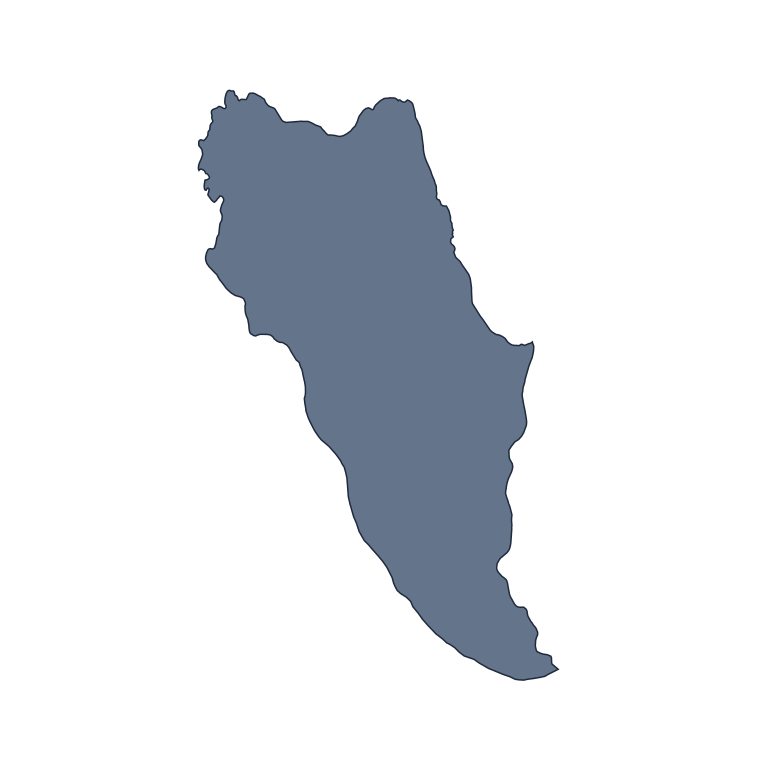 Cailaco, Bobonaro, East Timor, rotated 170°
{"feature_id": "22284137B47334481051", "entity_name": "Cailaco", "entity_type": "district", "adm_level": 2, "iso_a3": "TLS", "parent_name": "East Timor", "parent_adm1": "Bobonaro", "projection": "equal_earth", "projection_center": [125.257, -8.874], "detail": "fine", "context": "isolated", "style": "filled", "palette": "slate", "viewbox_px": 768, "rotation_deg": 170, "n_neighbors": 0, "source": "geoboundaries", "source_scale": "gbopen_adm2", "svg_char_len": 6147}
<svg xmlns="http://www.w3.org/2000/svg" viewBox="0 0 768 768"><g transform="rotate(170 384 384)"><path d="M230.6,399.7L232.4,398.7L234.3,398.6L238.3,397.7L239.4,397.7L240.3,398.6L241.8,399.3L243.0,398.9L243.9,398.4L244.8,398.4L246.7,399.0L248.5,399.3L251.0,400.1L252.9,401.6L254.8,403.7L256.9,408.0L259.4,410.4L262.0,412.2L264.9,413.3L266.3,414.4L268.8,416.8L270.2,418.8L275.5,430.5L277.4,434.1L282.9,447.7L283.0,450.2L281.8,459.6L281.1,463.8L280.8,471.9L280.9,473.7L281.6,477.4L286.7,488.5L287.6,491.0L288.3,492.1L290.9,495.6L291.5,496.8L292.4,501.9L291.3,503.1L290.6,505.0L290.9,507.0L291.8,508.5L293.2,510.1L293.8,512.4L292.9,515.4L290.2,516.9L290.9,519.6L290.2,520.2L290.2,521.6L289.9,522.8L289.1,523.3L289.4,524.5L289.6,527.8L289.2,530.5L290.1,532.7L289.9,535.3L289.5,536.5L290.0,543.2L291.6,548.3L292.3,548.6L293.0,548.6L294.6,549.1L295.4,549.6L296.2,550.3L296.7,551.0L297.0,553.7L297.7,555.7L298.7,556.1L299.6,556.9L299.9,558.4L299.9,559.4L298.9,562.3L298.9,564.8L298.2,569.6L298.4,571.1L298.9,572.7L299.1,575.8L300.5,581.7L301.0,585.6L302.2,590.7L303.4,595.3L304.3,600.0L304.6,604.6L304.5,607.9L304.1,611.0L303.4,626.2L303.9,631.6L305.0,635.0L305.3,636.8L306.7,640.7L306.7,642.3L306.5,644.1L306.6,647.9L306.8,651.1L307.1,654.7L307.9,656.4L309.9,658.5L311.6,659.6L314.4,658.0L315.2,658.0L317.0,658.8L319.1,661.0L320.2,661.0L320.9,660.5L321.4,661.6L322.3,662.6L323.4,663.5L324.7,664.0L329.4,664.9L330.6,664.7L332.9,665.1L334.5,665.1L338.8,663.4L343.5,660.4L345.2,658.7L346.8,656.3L347.7,656.1L348.3,656.4L350.1,657.9L351.4,658.7L354.0,658.4L356.7,657.0L361.6,652.4L362.5,651.2L364.4,647.6L367.5,643.1L370.6,641.0L372.7,639.0L377.1,636.9L380.6,635.7L383.4,635.4L385.5,635.7L389.5,637.4L394.2,638.7L395.7,638.8L396.9,640.1L398.0,641.7L398.9,643.4L400.3,645.3L401.8,648.2L406.7,651.1L409.8,653.6L412.7,655.5L413.7,655.9L418.0,656.6L419.6,657.1L435.0,658.6L438.1,660.4L439.0,661.9L443.6,673.7L444.5,674.8L448.3,677.1L449.9,678.5L451.8,682.1L452.1,684.0L452.6,685.5L454.0,686.6L455.8,688.6L457.1,689.4L460.1,691.9L462.3,693.2L465.7,693.6L466.7,693.0L470.2,688.1L471.1,688.2L474.6,689.1L475.9,689.0L477.3,688.1L478.2,689.0L478.6,692.1L479.4,693.5L480.2,693.7L480.6,694.5L480.8,697.7L481.3,698.7L483.5,699.0L484.7,699.9L486.1,700.0L487.2,699.6L488.9,697.5L489.9,695.5L491.0,692.7L491.7,690.0L491.9,688.6L491.9,687.4L491.2,685.3L491.4,684.3L492.2,683.2L492.8,682.9L493.7,682.9L495.8,684.7L497.0,685.6L498.6,686.0L500.6,684.9L505.0,684.0L506.0,683.3L506.8,681.9L506.9,680.1L506.8,677.9L507.3,676.8L507.4,675.7L506.9,672.8L507.3,671.8L509.3,670.2L510.4,668.6L511.3,664.9L513.3,663.0L514.5,659.2L515.4,658.1L517.4,656.2L519.4,655.0L521.9,656.3L523.4,656.0L524.2,655.0L524.6,653.6L524.9,651.5L524.7,650.5L523.1,647.6L522.6,646.3L522.6,642.6L523.0,640.9L525.0,637.3L527.2,634.1L528.4,631.9L529.0,630.2L529.4,627.8L529.1,626.5L528.0,627.3L526.7,627.4L524.3,625.8L523.8,625.1L522.9,622.2L521.9,621.9L521.3,621.3L520.5,619.7L520.0,618.0L520.3,617.0L522.5,615.9L524.8,615.9L526.3,611.8L526.8,609.7L526.9,607.2L526.6,606.2L525.5,605.7L524.8,606.7L523.3,607.5L522.5,606.6L522.5,605.7L523.4,603.5L524.5,601.3L524.5,600.4L523.4,598.3L522.1,595.4L520.2,592.9L519.3,592.5L518.2,593.2L517.0,594.0L516.0,595.2L514.2,596.4L513.3,597.6L511.7,597.3L510.7,596.5L510.2,595.4L509.8,593.9L510.0,592.6L510.4,591.7L512.5,588.8L514.2,585.4L515.0,583.5L514.9,581.6L514.2,578.6L514.2,577.2L514.9,574.7L515.6,573.1L517.5,570.7L518.2,568.9L520.6,560.5L521.2,559.5L522.1,558.7L523.3,556.8L525.1,551.7L527.3,547.4L529.4,546.6L531.2,547.4L532.8,547.4L534.0,546.8L536.0,543.9L537.5,540.5L538.0,538.0L538.0,536.2L537.5,533.3L535.8,529.8L530.9,522.4L529.6,520.8L529.0,518.7L527.6,515.0L525.6,511.4L523.0,506.0L521.5,503.8L518.6,500.1L515.1,497.0L510.3,494.7L508.3,493.3L507.3,492.1L506.6,489.0L506.4,487.8L506.7,486.1L507.3,485.3L507.9,481.0L508.1,477.9L507.6,474.1L507.1,472.6L506.9,470.4L506.9,465.7L507.3,461.4L507.3,458.9L507.1,457.9L506.3,456.4L504.6,455.0L504.1,454.4L502.0,453.6L499.8,454.2L497.1,454.4L490.7,453.2L487.5,452.1L485.5,450.1L484.2,447.4L481.7,444.6L479.3,443.1L476.7,442.5L472.9,439.2L471.2,436.2L469.7,431.5L466.2,422.8L463.8,420.0L463.3,415.9L462.3,412.2L462.1,404.8L461.8,399.5L461.9,395.0L462.7,389.7L463.5,386.6L465.0,383.5L465.3,378.8L465.3,373.7L465.5,370.8L464.4,363.6L463.3,359.3L461.2,352.4L460.0,349.0L457.4,343.3L455.3,339.7L449.0,332.1L443.3,322.7L440.1,316.1L439.2,312.7L437.6,308.9L437.1,303.8L436.8,297.9L438.7,279.1L438.3,271.4L437.7,265.8L437.0,258.9L435.3,251.6L434.1,243.1L430.6,233.2L427.5,228.9L423.7,222.4L419.9,216.3L415.9,209.3L413.0,203.0L409.6,191.9L409.1,186.2L408.1,182.1L406.8,178.3L403.9,174.6L399.0,170.2L395.5,165.3L394.2,159.6L390.0,152.2L387.0,145.7L382.5,138.4L376.3,129.0L370.6,122.8L367.3,118.3L364.1,115.9L360.0,111.9L356.6,107.0L352.2,102.2L343.3,97.3L338.6,92.6L330.5,85.8L316.9,77.2L310.9,73.9L306.0,70.4L302.4,69.2L297.7,68.1L293.5,68.3L287.8,68.0L280.7,68.0L276.2,68.2L273.2,69.4L262.0,72.8L267.2,79.1L267.3,80.2L266.6,85.5L267.0,87.0L270.1,89.0L274.5,90.5L277.0,91.9L279.7,93.9L280.3,95.4L280.5,99.7L279.1,105.4L277.7,108.2L276.3,110.3L275.8,112.8L276.7,117.0L277.7,119.0L278.7,120.5L279.6,122.9L280.7,124.8L282.6,130.4L282.7,132.6L282.6,135.6L283.1,137.5L285.1,139.9L289.2,140.6L291.1,141.3L292.4,142.5L293.7,144.6L296.3,152.1L296.9,154.5L297.0,160.3L297.0,166.6L297.3,169.2L298.3,171.0L301.3,174.2L304.1,178.7L305.0,181.3L305.1,183.0L304.6,184.9L303.6,187.7L300.8,191.1L299.5,192.3L292.4,196.4L290.2,198.3L289.0,199.9L287.6,202.9L286.7,205.5L283.4,218.8L283.1,221.0L282.6,222.5L282.1,227.7L281.3,231.0L280.8,232.5L280.8,234.0L281.4,241.9L282.0,244.3L282.3,247.8L282.9,250.9L283.3,255.2L282.6,257.9L281.8,260.0L280.7,263.5L279.3,266.6L277.7,269.5L273.7,275.3L272.5,277.6L271.6,279.9L271.5,283.2L273.4,288.5L273.2,292.4L272.5,297.2L269.1,300.8L265.2,304.3L261.0,306.0L257.4,308.9L255.0,311.7L251.6,317.5L250.8,319.1L250.1,322.0L249.9,324.6L249.8,333.5L250.0,338.4L250.0,345.8L249.9,348.8L249.8,349.8L248.7,352.6L247.7,356.2L245.1,361.4L244.3,363.9L238.4,376.1L235.0,381.9L233.8,383.7L232.3,387.1L230.9,390.9L230.0,395.0L230.1,396.2L230.5,398.3L230.6,399.7Z" fill="#64748b" stroke="#1e293b" stroke-width="1.5"/></g></svg>